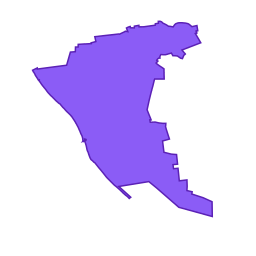 Hunucmá, Yucatán, Mexico, rotated 261°
{"feature_id": "50627088B21160446054995", "entity_name": "Hunucmá", "entity_type": "district", "adm_level": 2, "iso_a3": "MEX", "parent_name": "Mexico", "parent_adm1": "Yucatán", "projection": "natural_earth1", "projection_center": [-89.972, 21.073], "detail": "fine", "context": "isolated", "style": "filled", "palette": "violet", "viewbox_px": 256, "rotation_deg": 261, "n_neighbors": 0, "source": "geoboundaries", "source_scale": "gbopen_adm2", "svg_char_len": 4938}
<svg xmlns="http://www.w3.org/2000/svg" viewBox="0 0 256 256"><g transform="rotate(261 128 128)"><path d="M220.3,205.1L221.3,204.1L221.7,203.5L222.6,201.3L223.6,197.4L223.9,195.2L224.0,193.9L223.5,191.4L222.7,190.2L220.8,188.4L221.9,185.3L222.1,184.0L223.3,182.7L224.0,181.9L225.0,180.5L226.2,178.8L227.6,177.8L228.4,176.4L228.6,174.6L226.7,174.4L226.7,171.3L225.3,171.0L225.3,169.8L225.5,159.5L225.9,156.6L226.2,154.7L227.7,154.8L227.6,150.2L225.9,149.9L226.6,146.0L227.9,146.1L227.9,145.9L227.9,145.2L227.7,144.5L227.4,143.2L227.0,142.1L223.2,142.9L224.0,140.5L223.8,140.4L222.1,134.5L222.0,134.3L222.3,133.6L223.4,109.5L218.4,109.8L217.9,104.9L217.1,104.9L217.7,98.8L217.8,98.4L218.4,91.9L215.8,91.4L216.2,88.8L211.6,87.9L212.0,83.0L209.7,81.9L199.6,77.2L200.0,63.4L200.4,47.6L201.5,47.7L201.0,46.1L200.0,42.8L198.3,43.3L198.2,43.5L197.2,43.9L196.2,44.3L195.7,44.5L194.9,44.6L194.3,44.9L193.7,45.1L192.7,45.6L192.1,45.8L191.4,46.2L190.3,46.6L189.5,46.9L188.8,47.4L188.8,47.5L189.0,47.5L189.2,47.4L189.4,47.4L189.5,47.5L189.6,47.8L189.5,48.0L189.4,48.0L189.3,47.9L189.1,47.8L188.9,47.7L188.5,47.8L188.2,47.8L187.9,47.9L187.6,47.9L187.4,48.1L187.1,48.4L186.8,48.5L186.7,48.6L186.3,48.7L186.1,48.8L185.6,49.0L185.3,49.2L185.0,49.3L184.7,49.4L184.6,49.5L184.3,49.6L184.2,49.7L183.9,49.9L183.4,50.1L182.7,50.5L182.0,51.0L181.1,51.4L180.4,51.9L179.5,52.4L178.8,52.8L177.8,53.3L177.2,53.6L176.6,53.9L175.2,54.7L173.3,56.0L173.2,56.1L172.8,56.3L172.5,56.5L171.7,57.1L170.5,58.1L169.3,58.9L168.8,59.3L168.4,59.6L167.9,59.9L167.4,60.3L166.9,60.6L166.1,61.2L165.1,62.0L164.9,62.2L164.5,62.6L163.9,63.0L163.6,63.2L163.5,63.4L163.1,63.7L162.6,64.3L162.5,64.5L162.0,64.9L160.8,65.5L159.4,66.4L158.8,66.7L158.4,67.0L157.8,67.5L156.5,68.4L155.6,68.9L154.7,69.5L153.7,70.2L152.3,71.3L149.6,73.3L148.8,73.7L148.8,73.8L148.5,74.0L147.9,74.3L146.8,74.8L146.0,75.2L145.0,75.6L144.6,75.8L144.0,76.1L143.0,76.5L142.6,76.7L142.3,76.8L141.9,77.0L140.8,77.3L140.3,77.6L139.3,77.9L137.6,78.5L137.0,78.7L136.5,78.9L135.7,79.1L134.8,79.3L133.6,79.6L132.7,79.9L132.3,80.0L130.9,80.3L129.5,80.6L129.2,80.7L129.1,80.8L128.7,80.9L128.4,81.0L127.8,81.2L126.8,81.4L126.0,81.5L124.7,81.6L123.2,81.5L122.0,81.4L121.9,81.3L122.0,81.8L122.1,82.3L122.3,82.7L122.4,82.8L122.3,83.0L122.4,83.4L122.4,83.6L122.5,83.7L122.9,83.6L123.1,83.5L123.4,83.5L123.5,83.5L123.8,83.5L123.7,83.7L123.4,83.8L123.5,84.4L123.4,84.5L123.2,83.9L122.9,83.8L123.1,84.6L122.9,84.6L122.7,83.9L122.4,83.9L122.4,84.0L122.5,84.5L122.3,84.5L122.2,84.4L122.2,84.0L122.1,83.9L122.1,83.7L122.0,83.1L121.9,83.1L121.9,82.4L121.8,82.1L121.7,82.1L121.8,82.4L121.7,83.0L121.8,83.1L120.4,83.4L119.6,83.6L119.2,83.7L118.6,83.7L118.2,83.8L117.2,83.9L116.1,84.0L113.5,84.1L112.5,84.2L112.1,84.3L111.9,84.3L111.5,84.4L110.9,84.6L110.3,84.8L109.6,84.9L109.0,85.0L108.1,85.1L107.9,85.2L107.6,85.2L107.5,85.3L107.1,85.3L106.8,85.4L106.4,85.5L105.9,85.5L105.6,85.6L104.0,86.0L102.7,86.5L102.4,86.7L102.0,87.0L101.8,87.3L101.6,87.5L101.2,87.8L100.8,88.1L100.6,88.2L100.5,88.3L100.1,88.6L99.6,88.9L99.4,89.2L99.3,89.3L99.1,89.6L98.4,90.1L97.3,90.7L95.9,91.5L94.1,92.5L92.7,93.3L91.3,94.2L85.4,97.6L83.2,98.8L81.5,99.9L80.3,100.8L78.9,101.8L78.3,102.3L78.0,102.4L77.5,102.8L77.0,103.2L76.4,103.6L75.9,104.0L75.3,104.4L73.8,105.5L72.9,106.3L72.3,106.9L70.4,108.5L68.7,109.9L67.7,110.7L67.0,111.2L65.6,112.3L64.8,112.8L63.0,114.3L62.0,115.1L60.7,116.4L59.7,117.2L58.2,118.2L59.2,119.9L71.7,109.8L71.8,140.2L64.4,146.8L41.7,165.8L27.4,197.4L42.0,199.5L47.4,191.3L52.8,180.7L55.0,181.4L57.0,176.4L61.1,177.3L67.5,178.1L67.8,170.4L71.1,170.6L80.4,171.1L80.7,166.6L84.8,166.7L84.5,171.3L94.2,171.8L95.4,166.8L95.8,165.8L98.4,159.7L109.8,160.1L109.9,161.3L110.6,167.2L112.0,167.0L112.3,166.9L120.8,165.6L123.6,165.3L124.4,165.6L126.7,166.1L126.9,164.7L127.1,163.3L128.2,159.2L128.4,158.8L129.6,155.8L130.2,150.9L132.6,150.8L132.4,152.1L133.8,151.8L139.4,150.5L143.0,149.7L151.7,153.1L156.5,155.1L160.5,156.8L161.9,157.5L162.1,157.5L163.6,158.2L164.7,158.7L165.1,158.9L171.3,161.5L172.2,162.0L171.8,164.5L170.7,171.4L171.2,171.5L172.4,171.6L173.5,171.8L174.7,171.9L175.8,172.1L176.2,172.1L177.0,172.3L178.2,172.4L180.7,172.8L180.8,172.8L181.7,171.8L181.8,171.8L184.5,168.8L186.2,167.1L187.7,165.9L187.8,165.9L188.0,166.1L188.1,166.4L188.4,166.6L188.6,167.0L188.9,167.4L189.4,168.0L190.2,167.0L190.3,166.9L190.7,167.2L191.0,167.5L191.3,167.8L191.6,168.2L192.2,169.2L192.0,170.5L193.5,170.6L195.4,171.9L195.4,172.0L195.2,172.9L194.9,174.1L194.7,175.2L194.5,176.4L194.6,177.4L194.7,178.4L194.9,179.5L195.0,180.6L195.1,181.7L195.2,182.6L192.4,183.6L192.2,184.7L191.9,186.2L191.6,187.3L191.3,188.2L190.0,189.5L188.7,190.9L188.6,191.1L188.3,191.9L188.0,192.6L191.2,194.6L191.3,194.8L191.5,195.3L191.7,195.6L192.1,196.2L192.7,195.9L193.5,195.3L196.6,193.5L200.8,213.2L210.8,209.3L210.9,210.8L212.6,210.8L212.6,210.4L213.3,210.5L213.2,212.1L218.4,212.1L218.1,207.0L220.3,205.1Z" fill="#8b5cf6" stroke="#5b21b6" stroke-width="1.5"/></g></svg>